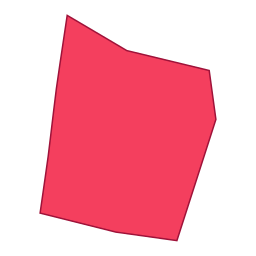 Anibare, Mercator projection
{"feature_id": "NRU-4981", "entity_name": "Anibare", "entity_type": "state/province", "adm_level": 1, "iso_a3": "NRU", "parent_name": "Nauru", "parent_adm1": "", "projection": "mercator", "projection_center": [166.944, -0.519], "detail": "fine", "context": "isolated", "style": "filled", "palette": "rose", "viewbox_px": 256, "rotation_deg": 0, "n_neighbors": 0, "source": "natural_earth", "source_scale": "10m", "svg_char_len": 286}
<svg xmlns="http://www.w3.org/2000/svg" viewBox="0 0 256 256"><path d="M209.2,70.5L215.9,119.4L176.9,240.6L115.9,232.1L40.1,213.1L45.2,177.5L48.2,156.2L50.3,138.9L53.7,110.5L56.4,88.5L59.9,64.3L67.2,15.4L126.8,50.6L209.2,70.5Z" fill="#f43f5e" stroke="#9f1239" stroke-width="1.5"/></svg>